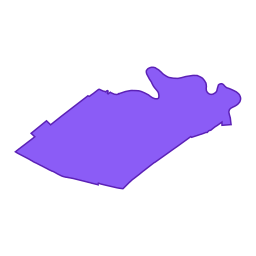 Maia, Ialomita, Romania
{"feature_id": "2599482B2212352130600", "entity_name": "Maia", "entity_type": "district", "adm_level": 2, "iso_a3": "ROU", "parent_name": "Romania", "parent_adm1": "Ialomita", "projection": "robinson", "projection_center": [26.407, 44.741], "detail": "fine", "context": "isolated", "style": "filled", "palette": "violet", "viewbox_px": 256, "rotation_deg": 0, "n_neighbors": 0, "source": "geoboundaries", "source_scale": "gbopen_adm2", "svg_char_len": 3249}
<svg xmlns="http://www.w3.org/2000/svg" viewBox="0 0 256 256"><path d="M122.9,188.7L123.1,188.6L126.0,185.7L129.7,182.0L129.8,182.0L132.5,179.5L133.5,178.8L139.3,174.3L143.7,170.7L143.8,170.7L154.3,162.5L154.6,162.5L155.5,161.9L161.8,157.4L168.7,152.5L171.2,150.7L174.0,148.7L178.0,145.9L183.1,142.2L190.8,136.6L191.6,137.3L197.2,135.5L200.4,134.4L201.2,134.2L202.9,133.6L204.5,133.0L205.7,132.5L207.3,132.4L208.3,131.2L209.3,130.5L210.7,130.3L213.0,128.4L214.9,126.9L217.3,125.4L221.9,122.1L222.0,125.3L231.1,124.6L231.0,124.2L230.6,120.6L230.3,117.9L229.5,115.1L229.1,113.4L228.8,111.9L229.0,111.2L229.5,109.5L231.0,108.1L232.9,107.1L234.8,106.2L236.3,105.3L237.7,104.3L238.8,103.1L239.9,101.7L240.0,101.3L240.4,100.1L240.6,99.1L240.6,98.0L240.3,96.8L239.5,94.9L238.7,93.9L237.7,93.0L236.2,91.8L233.9,90.6L231.5,89.5L229.4,88.6L227.9,88.1L226.6,87.7L225.5,86.8L224.5,85.9L223.9,85.1L223.0,84.3L221.8,83.7L220.6,83.8L219.4,84.2L218.4,85.0L218.1,86.1L217.6,87.6L217.1,89.5L216.9,90.6L216.4,91.6L215.5,92.6L214.4,93.3L213.3,94.0L211.7,94.4L210.4,94.3L209.5,94.1L208.2,93.2L207.3,92.3L206.4,90.7L206.3,89.5L206.2,88.2L206.4,86.6L206.2,84.5L205.9,83.0L204.9,81.4L204.5,80.6L202.5,78.2L200.7,77.1L197.2,75.5L193.1,75.4L185.9,76.5L181.4,77.7L177.9,78.4L173.3,78.2L168.7,77.4L166.7,76.4L164.0,74.7L162.6,73.6L161.4,72.3L158.6,69.8L156.5,68.6L155.2,67.7L153.4,67.3L151.3,67.3L149.9,67.7L149.0,68.1L147.8,68.8L146.6,70.3L146.3,70.9L146.3,72.2L146.7,73.9L147.8,76.0L149.5,79.2L150.4,80.5L151.2,81.7L151.8,83.0L152.6,84.6L153.3,85.9L154.4,87.5L154.9,88.1L156.5,90.0L157.6,91.4L158.4,92.8L158.9,95.4L158.9,96.3L158.8,97.3L158.5,98.1L157.6,98.7L156.7,98.8L154.9,98.7L153.3,98.1L152.2,97.6L150.4,96.4L148.5,94.9L144.6,92.9L141.6,91.6L140.0,91.1L138.8,90.8L136.1,90.6L132.5,90.5L131.0,90.5L127.6,91.1L125.6,91.5L123.1,92.3L122.0,92.7L119.5,93.5L118.7,93.6L118.8,94.0L116.9,94.5L116.6,94.5L114.3,94.2L112.1,93.2L111.1,92.8L110.7,92.5L110.3,92.2L108.1,93.9L107.4,93.2L107.8,92.1L108.1,91.1L107.4,90.6L106.4,91.1L105.7,91.9L104.7,91.4L103.3,91.1L103.0,91.0L101.7,90.4L100.6,89.9L99.6,89.4L99.1,89.3L98.7,89.4L98.2,89.7L94.2,92.8L93.5,93.4L92.6,94.0L91.0,95.1L89.6,96.2L89.2,96.4L88.5,96.1L87.9,95.8L61.3,116.3L54.9,121.4L50.6,124.8L46.5,120.8L31.1,133.3L34.8,136.8L26.1,143.5L25.6,143.9L22.3,146.4L19.0,148.9L17.9,149.8L16.6,150.8L15.8,151.5L15.4,151.8L17.3,153.0L18.6,153.7L20.9,154.9L23.4,156.2L26.1,157.6L26.7,157.9L27.4,158.3L28.0,158.6L28.6,158.9L29.1,159.2L30.0,159.7L30.5,160.0L30.9,160.3L31.5,160.6L32.3,161.0L33.0,161.5L33.3,161.7L33.9,162.0L34.3,162.2L34.5,162.3L35.1,162.6L36.5,163.2L37.6,163.8L38.6,164.3L39.4,164.7L40.1,165.1L40.9,165.5L42.0,166.0L42.7,166.4L43.5,166.8L45.0,167.6L46.6,168.4L47.0,168.6L47.9,169.1L48.6,169.5L49.4,169.9L50.0,170.2L50.8,170.5L51.1,170.7L51.9,171.1L53.0,171.4L54.9,172.4L57.0,173.6L57.9,174.1L60.7,175.5L62.4,176.3L62.6,176.3L64.2,176.8L64.8,176.9L65.4,177.1L67.9,177.4L67.9,177.5L68.4,177.6L69.7,177.8L73.3,178.5L81.7,180.6L83.8,181.1L85.3,181.5L86.1,181.7L86.9,181.9L87.6,182.1L89.2,182.5L89.9,182.6L91.4,183.1L93.1,183.5L97.5,184.6L98.1,184.8L98.1,184.2L98.2,183.6L98.3,183.2L98.7,183.2L100.5,183.9L104.5,184.9L106.6,185.4L117.0,187.8L119.8,188.3L122.9,188.7Z" fill="#8b5cf6" stroke="#5b21b6" stroke-width="1.5"/></svg>